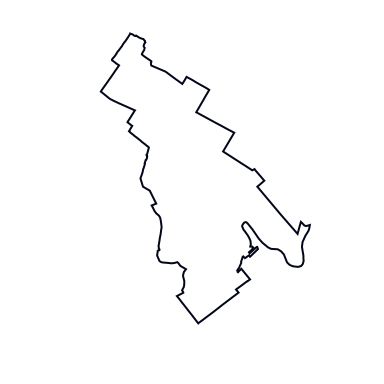 Independenta, Galati, Romania, rotated 297°
{"feature_id": "2599482B33711175707299", "entity_name": "Independenta", "entity_type": "district", "adm_level": 2, "iso_a3": "ROU", "parent_name": "Romania", "parent_adm1": "Galati", "projection": "orthographic", "projection_center": [27.763, 45.478], "detail": "fine", "context": "isolated", "style": "outline", "palette": "ink", "viewbox_px": 384, "rotation_deg": 297, "n_neighbors": 0, "source": "geoboundaries", "source_scale": "gbopen_adm2", "svg_char_len": 5254}
<svg xmlns="http://www.w3.org/2000/svg" viewBox="0 0 384 384"><g transform="rotate(297 192 192)"><path d="M305.1,65.0L304.6,65.1L303.8,65.0L300.4,64.7L298.0,64.4L296.5,64.2L295.9,64.1L295.5,64.0L294.1,63.7L292.0,63.4L290.4,63.4L287.0,62.8L286.5,62.7L284.9,62.5L284.1,62.2L283.3,62.0L282.7,62.0L280.8,61.8L280.6,61.9L278.6,61.6L276.9,61.3L276.3,61.1L275.1,60.8L274.7,60.7L273.7,60.6L273.3,60.7L273.1,60.9L272.6,63.8L272.1,66.4L271.8,68.7L271.7,69.5L270.0,69.3L268.5,69.1L267.6,69.0L265.9,68.7L265.3,68.6L262.5,68.3L261.7,68.2L259.5,67.9L258.1,67.7L256.7,67.5L254.9,67.2L254.3,67.1L253.2,67.0L251.7,66.8L249.1,66.4L244.4,65.7L243.8,65.6L241.8,65.3L240.1,65.2L238.4,73.3L237.7,76.6L237.7,80.8L237.9,87.3L238.0,88.6L238.1,90.6L238.4,96.3L238.8,104.1L238.3,104.0L235.9,103.8L235.4,103.8L235.0,103.7L234.9,103.7L234.6,103.7L234.4,103.7L234.0,103.6L233.8,103.6L232.7,103.5L232.3,103.5L230.2,103.3L228.9,103.2L226.4,102.9L225.7,102.9L225.0,102.8L224.9,102.8L223.9,107.8L223.8,108.7L220.7,108.5L217.5,108.3L217.4,109.4L217.0,109.8L216.1,114.6L215.9,115.0L215.4,118.0L214.8,120.8L214.5,122.5L214.3,123.2L214.1,123.8L213.7,125.4L213.7,125.7L213.6,126.4L213.4,127.3L213.2,128.6L213.1,129.0L212.8,130.1L212.6,131.0L212.6,131.5L212.2,133.2L212.0,133.4L211.6,133.5L211.1,133.6L207.8,134.3L206.8,134.5L205.4,134.8L204.9,134.7L204.7,134.7L204.3,134.6L204.0,135.0L203.9,135.3L203.9,135.6L203.6,135.8L203.3,135.8L203.2,135.8L203.0,136.0L202.9,136.1L202.7,136.1L202.4,136.2L201.8,136.5L201.2,136.5L200.4,136.6L200.0,136.6L199.8,136.6L199.6,136.3L199.5,136.2L195.8,136.9L195.7,137.3L195.2,137.4L191.2,138.1L190.8,138.1L189.9,138.2L189.5,138.3L188.2,138.7L187.5,138.9L186.7,139.1L180.7,139.9L174.5,145.9L174.0,153.8L169.6,159.7L165.4,165.4L161.7,162.2L161.1,163.1L160.5,163.9L160.2,164.4L158.8,166.2L158.6,166.4L158.2,167.0L157.8,167.6L157.5,168.3L157.1,169.2L156.7,169.7L156.6,170.3L156.5,171.0L156.3,171.6L156.2,172.2L156.0,172.9L155.9,173.2L155.7,173.6L155.3,174.3L154.9,174.9L154.7,175.2L154.4,175.5L154.1,175.7L152.9,176.7L151.6,177.7L150.3,178.6L149.0,179.5L147.6,180.4L147.1,180.7L146.8,180.9L146.3,181.1L144.9,181.5L143.5,182.0L142.1,182.5L140.7,183.0L139.5,183.4L138.9,183.6L138.5,183.6L138.2,183.7L137.5,183.9L136.4,184.3L136.2,184.3L135.0,184.7L133.7,185.2L132.5,185.5L131.8,185.8L131.2,185.9L130.5,186.2L130.2,186.3L129.4,186.5L129.0,186.6L128.5,186.8L128.3,187.0L128.1,187.2L128.0,187.4L127.8,187.5L127.4,187.6L127.1,187.7L126.9,187.8L126.7,188.0L126.4,188.4L126.3,188.7L126.2,189.0L125.8,189.2L125.7,189.3L125.5,189.2L125.2,189.2L124.9,189.0L124.8,188.8L124.7,188.6L124.4,188.5L124.3,188.3L124.2,188.2L124.0,188.3L123.1,188.5L122.4,188.8L120.6,189.4L119.8,189.6L119.5,189.8L115.8,194.3L115.5,196.1L115.6,196.7L115.9,197.9L116.5,199.4L117.6,202.0L118.4,204.1L119.1,206.0L119.9,207.3L120.9,208.7L122.8,210.7L122.4,212.3L120.9,215.1L120.5,221.7L117.1,221.1L114.5,221.6L112.9,222.3L109.2,225.5L106.5,226.9L103.9,227.8L101.7,227.8L99.9,227.8L98.7,229.7L98.3,230.0L96.6,228.8L95.6,228.1L92.4,225.8L92.0,226.7L91.6,227.6L90.0,231.2L89.2,232.8L88.1,235.2L88.1,235.3L86.4,238.9L84.7,242.5L81.3,249.9L81.2,250.0L77.8,257.2L78.1,257.3L96.1,266.1L106.9,271.1L108.0,271.7L109.8,272.5L123.5,279.2L125.1,275.5L137.7,281.8L137.7,282.0L140.5,283.4L142.0,279.9L145.4,272.1L146.0,270.8L141.4,269.4L141.5,269.0L142.1,268.8L142.4,268.0L142.7,268.0L143.9,268.0L145.7,268.4L146.4,268.4L147.4,268.2L151.0,268.1L152.2,267.4L155.0,267.0L157.2,266.6L157.9,266.9L157.1,269.2L161.5,271.6L160.7,273.1L166.4,275.1L171.1,276.7L172.7,275.0L172.4,274.6L163.5,271.2L164.2,270.1L166.8,271.2L170.2,272.0L170.7,270.4L170.1,269.5L169.8,268.7L172.3,268.1L175.2,266.1L177.2,263.6L178.9,261.0L182.0,254.8L183.6,252.9L184.1,252.3L185.1,252.0L186.5,252.0L187.4,252.2L188.6,252.5L189.4,253.3L189.7,254.4L189.1,256.2L186.1,262.9L180.8,272.6L178.8,277.7L177.2,284.8L177.2,288.1L178.4,291.0L179.9,294.4L179.6,298.2L178.1,302.2L174.4,306.4L172.4,308.7L171.4,312.1L171.5,314.2L171.7,315.8L173.4,320.5L175.7,322.9L178.3,323.4L181.7,322.6L182.7,321.8L185.8,320.2L193.0,314.9L197.7,313.2L204.3,312.9L208.8,313.3L210.3,313.4L212.5,313.1L216.1,312.0L215.4,311.3L213.4,309.1L213.2,307.2L213.4,306.7L214.1,304.9L214.6,303.2L214.8,302.6L208.7,303.8L202.6,305.1L211.9,282.0L217.7,268.3L226.4,247.8L234.9,251.3L240.3,238.1L240.8,237.3L238.7,235.9L242.2,201.3L264.0,202.7L264.1,194.1L264.3,187.4L264.4,180.9L265.0,159.6L276.0,160.2L284.1,160.6L290.8,161.0L291.0,159.2L291.2,155.7L291.5,147.4L291.6,145.7L292.0,140.4L292.0,138.3L292.0,138.0L292.1,134.9L287.9,134.7L287.3,134.6L285.6,134.5L283.9,134.3L285.5,124.1L287.1,114.7L287.2,113.8L287.2,113.2L286.2,98.4L286.7,97.8L287.2,97.5L287.8,97.1L288.5,96.7L288.9,96.7L289.6,96.7L289.9,96.6L290.1,96.3L290.1,96.1L290.4,93.8L290.6,92.1L291.1,88.3L291.3,87.1L291.8,84.9L292.3,84.7L294.2,84.7L296.7,84.9L297.8,84.7L299.1,84.3L299.5,83.2L299.7,82.9L300.3,82.6L300.8,82.5L301.2,82.3L301.5,82.3L301.9,82.3L302.8,82.3L304.0,82.5L304.1,82.0L304.7,81.9L304.9,81.8L305.2,81.6L305.4,81.3L305.4,80.8L305.7,80.2L305.8,80.0L306.0,79.8L306.2,79.2L306.0,78.8L305.9,77.8L305.7,76.8L305.6,74.3L305.8,73.0L306.0,71.3L306.0,71.2L305.9,71.1L305.7,71.0L305.4,71.0L305.1,69.8L305.1,69.3L305.3,68.6L305.4,67.9L305.4,67.3L305.1,65.3L305.1,65.0Z" fill="none" stroke="#020617" stroke-width="2"/></g></svg>